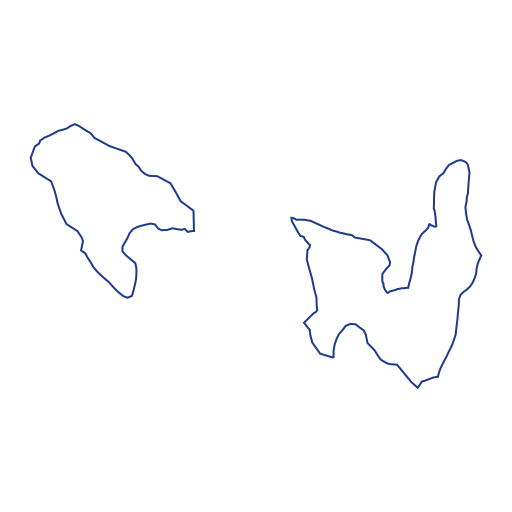 Hajjah, Hajjah, Yemen (Equal Earth projection)
{"feature_id": "15242507B46820158657484", "entity_name": "Hajjah", "entity_type": "district", "adm_level": 2, "iso_a3": "YEM", "parent_name": "Yemen", "parent_adm1": "Hajjah", "projection": "equal_earth", "projection_center": [43.581, 15.658], "detail": "fine", "context": "isolated", "style": "outline", "palette": "blue", "viewbox_px": 512, "rotation_deg": 0, "n_neighbors": 0, "source": "geoboundaries", "source_scale": "gbopen_adm2", "svg_char_len": 6083}
<svg xmlns="http://www.w3.org/2000/svg" viewBox="0 0 512 512"><path d="M333.7,356.7L333.5,356.2L333.6,350.5L334.6,344.7L336.6,338.8L339.0,334.0L342.2,330.5L345.8,325.8L348.4,324.8L350.5,323.9L353.1,324.1L355.8,324.4L359.5,327.4L363.5,330.2L365.8,334.6L367.5,343.0L369.2,344.7L371.0,346.5L374.2,349.9L374.7,350.5L377.3,354.7L380.5,359.4L384.8,362.1L388.8,364.0L397.0,364.7L411.4,382.1L417.7,387.8L422.0,381.4L424.0,381.0L428.3,379.4L432.8,377.7L436.9,376.8L437.9,376.8L438.9,372.8L440.6,368.1L442.6,364.0L444.7,359.9L446.8,356.0L448.7,351.9L450.7,347.9L452.7,343.5L454.3,338.9L455.7,334.4L456.0,331.1L456.2,329.4L456.8,324.4L457.4,319.7L457.6,317.0L457.8,314.4L458.8,304.9L458.9,299.4L460.5,294.8L463.5,292.0L466.8,289.6L470.0,286.5L472.5,282.9L474.5,278.5L476.1,273.8L476.6,268.8L477.6,264.1L479.3,259.8L480.7,256.7L481.3,255.5L478.1,250.8L475.5,246.4L473.6,241.4L472.2,235.9L470.8,230.2L469.0,224.7L468.7,223.9L467.2,219.9L466.1,213.8L465.4,207.3L466.5,201.9L466.6,201.7L466.9,196.7L467.9,193.7L468.4,184.8L469.0,178.3L469.5,172.5L468.1,165.9L467.1,163.4L465.5,161.9L461.1,160.1L456.8,160.8L452.9,163.0L448.9,165.0L445.9,169.0L443.3,173.3L439.6,176.2L439.4,176.2L436.3,181.9L435.9,183.0L434.3,191.8L434.0,198.8L434.0,203.1L433.8,208.9L434.0,209.1L434.1,209.7L434.4,210.0L434.6,210.8L434.7,211.7L434.9,212.5L435.0,213.2L435.1,214.2L435.3,214.9L435.3,216.1L435.5,217.1L435.5,218.0L435.7,218.8L435.7,219.9L435.7,221.1L435.9,221.6L435.9,222.1L435.9,222.5L435.9,223.0L436.1,223.5L436.2,224.3L436.2,225.2L436.3,225.9L436.2,226.4L435.4,226.6L435.0,226.7L434.4,226.7L432.2,225.6L431.1,225.4L430.2,224.3L429.3,224.2L428.8,225.2L428.7,226.5L428.0,228.0L425.0,231.3L424.4,231.6L423.8,232.1L423.5,232.5L422.9,233.1L422.3,233.4L421.9,234.0L421.4,234.7L421.1,235.2L420.7,235.8L420.2,236.7L419.7,237.5L419.4,238.7L419.0,239.1L418.8,239.7L418.5,240.1L418.2,240.7L418.0,241.2L417.7,242.0L417.6,242.6L417.3,243.1L417.0,244.0L416.7,245.0L416.5,245.5L416.4,245.9L416.3,246.6L416.0,247.6L415.9,248.4L415.9,248.7L415.7,249.2L415.4,250.5L415.4,251.0L415.2,251.4L415.2,252.1L415.0,252.6L414.9,253.4L414.7,254.0L414.7,254.6L414.4,255.6L414.1,256.9L414.1,257.8L413.7,259.7L413.6,260.8L413.5,261.9L413.3,262.6L413.1,263.2L413.1,263.7L412.9,264.5L412.7,265.3L412.7,265.9L412.4,266.4L412.4,267.1L412.3,267.8L412.3,268.7L412.2,269.6L412.1,270.4L411.9,270.9L411.9,271.4L411.8,272.0L411.9,272.5L411.9,273.1L411.6,273.7L411.4,274.6L411.4,275.1L411.2,275.8L411.0,276.5L410.8,277.3L410.6,278.1L410.5,278.8L410.2,279.7L410.0,280.6L409.8,281.0L409.6,281.5L409.5,282.0L409.5,282.5L409.2,283.0L409.1,283.6L409.0,284.2L408.9,284.7L408.7,285.3L408.7,285.7L408.4,286.7L408.2,287.8L407.6,287.9L406.3,287.9L406.0,287.9L405.6,287.9L405.1,288.2L403.4,288.2L402.3,288.2L400.9,288.4L399.6,288.8L399.1,288.8L398.7,289.0L397.3,289.0L396.7,289.3L396.3,289.7L395.7,289.8L395.2,290.1L394.5,290.2L393.6,290.3L393.1,290.6L392.3,290.8L392.0,290.9L391.4,290.9L390.7,291.3L390.4,291.3L390.0,291.5L389.5,291.5L389.2,291.8L388.9,292.2L388.6,292.3L388.1,292.6L387.4,292.9L386.8,292.2L386.2,291.6L385.9,291.3L385.7,290.7L385.2,290.1L384.8,289.5L384.5,288.6L384.2,287.9L384.0,287.4L383.7,286.4L383.4,285.9L383.4,285.4L383.6,284.2L383.3,283.3L382.6,282.6L382.6,282.0L382.4,281.4L382.3,281.0L382.3,279.1L382.3,278.5L382.3,277.2L382.3,276.6L382.4,276.0L382.3,275.5L382.3,274.9L382.6,273.6L383.5,272.3L384.4,271.4L385.0,270.5L385.6,269.8L386.2,269.0L386.9,268.3L387.2,267.8L388.0,267.0L388.3,266.6L388.6,266.2L389.0,265.9L389.7,265.0L390.0,262.1L387.4,255.3L381.7,249.0L369.9,240.2L354.7,237.5L351.8,235.1L351.1,234.9L350.6,234.9L350.0,234.8L349.1,234.7L348.7,234.7L348.0,234.4L347.5,234.4L347.0,234.3L346.3,234.1L346.0,234.1L345.3,233.9L345.0,233.8L344.6,233.7L343.9,233.7L343.5,233.4L342.9,233.3L342.4,233.2L342.0,233.1L341.3,233.0L340.8,232.8L340.1,232.7L339.6,232.6L338.2,232.1L336.8,231.6L336.3,231.6L334.8,231.0L334.4,231.0L333.0,230.7L332.3,230.3L330.9,229.9L330.3,229.6L329.7,229.1L328.7,228.9L328.2,228.5L327.2,228.3L326.6,228.1L326.1,227.7L325.3,227.5L324.6,227.2L323.8,226.9L323.2,226.5L322.7,226.4L321.7,225.9L321.1,225.6L320.5,225.4L319.7,224.9L319.3,224.9L318.3,224.2L317.7,224.1L317.0,223.8L316.3,223.4L315.6,223.2L315.2,223.0L314.4,222.5L313.8,222.1L313.3,222.1L312.9,221.8L312.3,221.6L311.4,221.2L311.0,221.1L310.6,220.8L310.1,220.8L309.8,220.6L309.3,220.6L308.7,220.5L308.2,220.4L307.7,220.4L306.8,220.1L306.4,220.1L306.0,220.1L305.5,219.9L305.2,219.9L304.5,219.8L302.0,219.8L301.6,219.8L301.2,219.7L300.7,219.7L299.3,219.7L298.0,219.7L297.2,219.8L296.5,219.8L292.9,217.9L291.4,217.8L291.8,221.0L298.2,232.6L300.6,236.1L302.5,236.4L303.9,237.1L304.9,239.6L308.6,243.9L310.0,244.8L309.7,246.8L308.2,249.3L307.5,250.2L307.2,253.4L306.8,259.5L308.3,265.4L312.0,278.4L314.4,290.2L316.4,297.2L316.7,305.5L317.2,310.3L315.6,312.3L313.9,313.0L309.0,317.8L304.0,322.7L308.4,328.4L309.6,329.5L310.4,335.3L312.4,342.8L320.2,353.7L332.8,357.5L333.7,356.7ZM72.8,125.0L70.7,125.9L66.9,128.4L62.8,129.7L58.4,130.8L54.2,133.1L49.8,135.4L44.5,137.6L40.2,140.5L39.1,143.5L34.9,146.4L30.7,157.8L32.5,166.0L38.3,173.3L51.0,181.3L53.2,186.7L54.9,191.9L55.5,194.1L56.3,197.1L57.5,202.8L59.3,208.4L61.2,213.8L61.3,214.1L63.8,218.8L66.5,224.1L77.4,231.1L81.5,237.1L83.0,241.0L81.1,250.4L81.3,250.7L82.1,251.3L85.3,253.3L87.8,258.0L90.7,262.3L90.8,262.5L93.4,267.1L97.0,271.4L100.8,275.1L104.5,278.4L108.8,282.1L112.2,285.9L115.5,289.4L118.9,292.6L123.3,296.1L127.5,297.7L131.9,295.9L133.4,290.9L134.8,285.2L136.0,279.6L136.4,274.1L136.4,268.5L135.3,263.1L131.1,259.7L125.7,255.1L122.4,251.3L122.5,246.7L127.6,237.7L129.8,232.8L133.1,229.1L137.5,226.9L141.5,225.7L145.9,224.6L150.7,223.6L155.0,224.4L158.1,228.5L161.6,230.2L167.0,230.0L172.5,228.3L176.7,229.1L181.3,229.8L184.7,228.9L187.7,231.9L191.8,231.1L194.0,231.0L193.5,210.7L180.8,201.3L178.2,196.8L175.7,192.1L173.0,187.6L170.5,183.3L157.3,176.2L149.1,175.8L145.0,174.0L141.4,170.9L138.6,166.7L135.7,164.3L132.3,158.5L129.2,154.9L125.8,151.8L109.1,145.9L99.0,140.3L94.7,138.1L90.5,133.1L86.3,130.7L82.5,128.3L78.8,125.9L74.8,124.2L72.8,125.0Z" fill="none" stroke="#1e3a8a" stroke-width="2"/></svg>